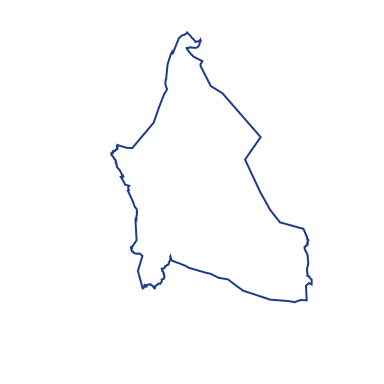 outline of Alvdal nor, Hedmark, Norway, rotated 245°
{"feature_id": "86288312B34159000507118", "entity_name": "Alvdal nor", "entity_type": "district", "adm_level": 2, "iso_a3": "NOR", "parent_name": "Norway", "parent_adm1": "Hedmark", "projection": "natural_earth1", "projection_center": [10.555, 62.097], "detail": "fine", "context": "isolated", "style": "outline", "palette": "blue", "viewbox_px": 384, "rotation_deg": 245, "n_neighbors": 0, "source": "geoboundaries", "source_scale": "gbopen_adm2", "svg_char_len": 5732}
<svg xmlns="http://www.w3.org/2000/svg" viewBox="0 0 384 384"><g transform="rotate(245 192 192)"><path d="M163.4,253.8L199.0,253.8L212.7,277.4L268.7,261.3L280.0,253.8L302.6,253.0L304.3,253.8L304.7,254.7L305.2,255.2L306.2,256.7L313.2,251.2L314.0,250.5L315.6,250.1L317.1,249.4L323.7,247.9L324.2,248.0L324.8,248.1L324.7,248.7L324.3,249.2L324.0,249.6L323.9,250.2L323.9,250.8L324.1,251.2L324.0,251.7L323.2,252.4L321.1,256.2L320.9,257.0L320.9,258.2L321.4,259.4L322.5,261.1L323.3,261.5L323.9,262.0L324.6,263.0L325.5,263.9L326.2,263.8L326.5,263.9L326.1,263.2L325.9,262.5L325.9,262.0L326.0,261.8L326.1,260.2L326.7,258.9L326.6,258.6L328.2,258.4L330.7,257.6L331.5,257.1L333.5,256.8L335.0,256.2L337.2,255.5L338.6,255.0L338.1,254.3L337.7,251.3L337.8,251.1L338.1,249.6L338.1,249.2L337.9,248.3L336.8,244.7L335.6,243.8L334.7,242.7L326.0,233.5L325.9,233.3L327.5,233.3L325.7,230.9L318.1,223.9L317.2,223.3L305.0,216.1L304.8,215.6L303.6,215.0L303.2,214.4L301.3,213.6L298.7,213.0L297.8,212.9L296.6,213.0L296.2,212.9L295.8,212.9L293.6,210.2L292.5,208.1L283.0,198.2L271.0,186.5L257.0,156.3L260.0,151.0L266.0,144.4L264.8,144.2L264.7,144.1L264.9,144.0L264.5,143.8L264.1,143.5L264.0,143.3L264.3,143.1L263.6,143.0L263.1,142.8L263.2,142.6L262.4,142.2L262.5,142.0L262.7,141.8L262.7,141.6L262.8,141.5L262.8,141.2L262.4,140.4L261.9,140.3L261.8,140.1L261.8,139.9L261.7,139.6L261.9,139.3L261.9,139.0L262.2,138.7L262.1,138.3L262.2,138.0L261.9,137.8L262.0,137.5L261.6,137.4L260.9,136.9L261.1,136.7L260.9,136.6L260.9,136.3L260.8,136.2L260.8,135.9L260.9,135.6L261.1,135.7L260.9,135.4L261.1,135.2L260.9,135.0L260.7,134.9L260.4,135.1L260.3,134.8L259.0,134.8L257.8,135.3L256.3,135.5L256.0,135.7L255.4,135.5L254.5,135.9L254.0,135.7L253.2,136.2L251.6,135.8L251.1,135.9L250.9,135.7L250.2,135.6L250.2,135.4L250.3,135.2L250.1,135.2L248.9,135.4L247.8,134.9L247.5,134.7L246.9,134.6L246.6,134.9L246.3,134.8L246.2,134.6L245.9,134.6L244.8,135.0L244.4,135.2L243.0,135.5L242.3,135.8L240.9,135.7L239.8,135.9L238.5,135.9L236.7,135.6L236.2,136.5L235.2,136.1L234.8,136.2L234.8,135.7L235.2,135.1L235.5,134.1L235.6,133.9L233.7,134.0L233.1,134.2L230.3,134.5L227.0,134.5L226.7,134.7L224.1,137.7L223.5,136.6L222.7,135.9L221.6,135.6L220.2,135.5L220.3,134.4L207.8,134.4L204.2,133.9L202.9,133.9L202.0,134.0L200.7,134.4L200.2,134.7L198.6,134.2L197.4,134.0L197.2,133.8L197.1,133.5L196.6,133.4L196.5,133.2L196.2,133.1L195.9,132.9L195.6,132.9L195.1,132.6L194.5,132.5L193.9,131.7L193.3,131.4L192.9,131.0L192.6,130.9L192.3,130.7L191.7,130.5L191.8,130.3L191.0,130.0L191.5,129.8L191.5,129.6L191.0,129.5L190.8,129.8L190.5,129.8L190.5,129.4L190.2,129.1L189.3,128.7L189.5,128.5L171.7,121.4L167.6,114.7L167.5,114.3L167.8,114.0L167.5,113.8L167.5,113.7L167.7,113.3L167.0,113.1L166.8,113.2L166.9,113.4L166.8,113.5L166.2,113.7L166.0,113.1L165.9,113.0L165.3,112.8L165.3,112.7L165.5,112.7L165.3,112.5L164.8,112.5L163.4,112.7L163.3,112.8L163.2,113.0L163.0,112.8L162.4,113.1L162.4,113.4L161.4,113.6L161.0,114.1L160.3,114.5L159.9,115.0L159.7,115.5L159.6,115.8L159.5,116.1L159.0,116.3L159.0,116.5L158.9,117.2L158.7,117.8L158.6,118.1L158.1,118.7L157.6,119.1L156.1,119.5L154.9,120.0L143.3,109.6L125.7,106.6L125.8,107.0L126.6,107.1L126.6,107.3L126.5,107.5L126.3,107.7L126.2,107.8L125.9,107.8L125.7,107.8L125.8,108.0L125.8,108.4L126.2,108.5L126.3,108.8L126.7,109.1L127.5,109.4L127.7,109.6L126.1,110.1L126.2,110.5L125.8,110.8L126.0,110.9L126.3,110.8L126.6,110.8L126.9,111.2L126.5,111.4L126.5,111.7L126.4,112.0L126.5,112.1L126.5,112.4L126.6,112.5L126.5,113.3L126.4,114.0L126.0,114.4L125.8,114.9L126.0,115.3L125.7,115.5L125.0,115.6L124.4,116.2L123.4,116.5L123.2,116.8L122.2,116.8L121.4,117.0L120.4,117.5L120.8,118.1L121.7,118.2L122.5,119.3L122.4,119.6L122.2,120.0L122.7,121.3L122.7,121.7L122.9,122.4L123.2,122.8L122.9,123.2L122.9,123.5L122.4,124.0L122.2,124.4L122.7,125.1L123.1,125.9L123.8,126.9L125.5,127.5L125.6,128.1L125.2,129.5L125.7,130.0L125.9,130.4L126.7,130.8L126.8,131.3L127.4,131.5L128.0,131.5L129.0,131.7L129.6,131.5L129.9,131.5L130.1,131.7L130.0,132.0L130.4,132.2L132.1,132.2L132.5,131.8L132.8,131.7L133.0,132.0L133.5,131.9L133.9,132.1L134.8,132.0L135.3,132.1L135.3,132.3L135.2,132.6L134.8,133.1L134.7,133.4L134.6,133.8L134.9,134.4L134.7,135.1L134.8,135.3L135.8,135.8L136.1,136.1L136.1,136.5L135.9,137.2L136.0,137.6L136.4,138.3L136.4,138.5L136.2,138.7L136.1,139.0L136.3,139.7L136.3,140.2L136.6,140.5L136.9,140.7L137.8,141.0L138.2,141.6L138.3,142.1L138.5,142.4L139.2,142.9L139.8,144.0L140.2,144.2L141.6,144.5L142.3,144.8L142.8,145.0L143.0,145.3L141.2,144.8L140.1,144.9L138.6,144.7L138.2,144.9L137.6,145.6L134.6,148.3L134.1,148.9L133.7,149.2L133.0,150.1L130.9,151.9L130.1,152.7L128.1,154.6L127.2,155.3L124.8,156.9L113.0,170.4L109.8,174.5L103.0,179.8L97.7,187.6L86.4,193.6L81.1,196.5L61.3,217.5L52.7,232.8L49.8,237.1L48.7,238.3L48.7,239.9L48.2,244.8L45.4,250.2L58.9,255.7L60.0,259.6L57.7,261.3L61.6,263.3L62.1,263.4L62.2,263.2L62.6,263.1L63.6,262.7L64.8,262.7L65.5,262.4L66.2,262.2L66.6,262.1L67.1,261.2L67.3,261.1L68.2,261.4L68.9,262.1L69.2,262.3L71.1,262.4L71.6,262.8L72.0,262.9L72.5,263.3L73.6,263.6L75.4,265.1L75.5,265.4L75.9,265.6L76.3,265.8L77.4,266.7L79.6,267.8L80.2,268.0L82.2,268.5L83.4,269.2L86.2,270.1L88.9,270.2L91.3,270.0L91.9,270.2L92.6,270.1L93.3,270.2L93.9,270.5L94.3,270.6L94.6,270.9L94.5,271.3L94.7,271.5L95.0,272.1L94.9,272.3L95.0,272.8L95.3,272.9L95.5,273.3L95.3,273.7L95.8,273.7L96.0,274.0L95.8,274.4L95.7,274.6L96.5,274.9L97.0,274.9L97.2,275.1L97.2,275.3L97.5,275.3L97.7,275.8L98.5,276.0L98.5,276.3L98.7,276.7L99.0,277.1L99.8,277.1L99.8,276.9L100.0,276.9L100.1,276.7L100.6,276.6L101.7,276.8L101.9,277.0L102.2,277.0L102.4,277.2L102.9,277.3L103.2,277.1L103.6,277.3L105.1,277.1L105.7,277.3L111.5,277.4L127.3,258.9L142.6,255.3L163.4,253.8Z" fill="none" stroke="#1e3a8a" stroke-width="2"/></g></svg>